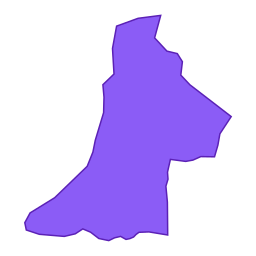 outline of Mbarara
{"feature_id": "UGA-3374", "entity_name": "Mbarara", "entity_type": "County", "adm_level": 1, "iso_a3": "UGA", "parent_name": "Uganda", "parent_adm1": "", "projection": "mercator", "projection_center": [30.545, -0.528], "detail": "fine", "context": "isolated", "style": "filled", "palette": "violet", "viewbox_px": 256, "rotation_deg": 0, "n_neighbors": 0, "source": "natural_earth", "source_scale": "10m", "svg_char_len": 705}
<svg xmlns="http://www.w3.org/2000/svg" viewBox="0 0 256 256"><path d="M116.6,26.1L138.1,18.3L160.7,15.4L154.6,37.9L166.9,51.1L177.3,53.6L182.4,61.7L180.8,75.1L189.9,84.8L231.2,116.6L219.9,133.8L217.9,145.1L214.5,156.8L200.8,156.6L192.9,160.1L185.7,161.4L170.4,159.4L167.5,172.2L168.0,179.2L165.9,186.2L167.4,202.2L167.7,235.0L148.9,231.9L139.0,232.3L136.1,234.4L133.6,237.0L129.9,238.6L126.0,239.4L120.6,236.4L114.6,237.8L108.8,240.6L98.8,238.5L90.6,232.2L82.8,228.9L75.3,233.8L64.3,236.4L39.3,234.3L26.3,230.0L24.8,222.7L30.1,212.9L54.7,197.7L87.2,166.3L92.9,152.1L95.3,140.2L103.6,112.7L104.0,97.2L102.9,84.7L114.0,74.0L112.5,48.5L116.6,26.1Z" fill="#8b5cf6" stroke="#5b21b6" stroke-width="1.5"/></svg>